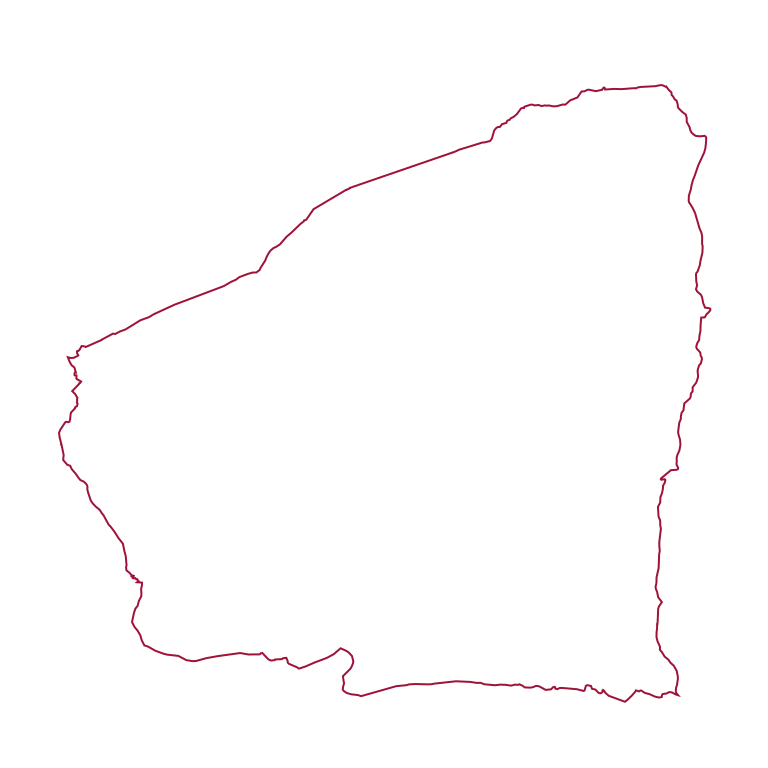 outline of Lapusata, Vâlcea, Romania, rotated 183°
{"feature_id": "2599482B55228800753193", "entity_name": "Lapusata", "entity_type": "district", "adm_level": 2, "iso_a3": "ROU", "parent_name": "Romania", "parent_adm1": "Vâlcea", "projection": "equal_earth", "projection_center": [23.992, 44.913], "detail": "fine", "context": "isolated", "style": "outline", "palette": "rose", "viewbox_px": 768, "rotation_deg": 183, "n_neighbors": 0, "source": "geoboundaries", "source_scale": "gbopen_adm2", "svg_char_len": 5932}
<svg xmlns="http://www.w3.org/2000/svg" viewBox="0 0 768 768"><g transform="rotate(183 384 384)"><path d="M701.1,394.2L699.6,390.7L697.6,387.3L696.6,386.1L694.2,384.4L693.8,383.6L692.4,379.6L693.0,379.8L693.5,378.9L693.6,377.3L693.4,376.5L691.6,376.5L691.4,376.0L691.6,373.8L691.0,372.8L686.6,370.6L687.3,369.3L688.5,368.7L688.5,368.1L695.0,360.6L691.9,357.8L689.4,354.1L689.8,352.5L689.5,351.1L689.7,349.3L689.0,348.4L689.0,347.8L689.5,345.7L691.0,344.9L691.4,343.4L695.0,339.2L695.4,337.4L695.6,331.9L696.2,329.8L697.3,329.3L699.6,329.6L700.3,329.1L704.7,321.7L706.0,318.1L705.1,313.7L703.4,308.1L703.3,306.7L702.9,306.7L700.2,296.4L700.4,291.3L696.1,286.8L693.1,285.9L691.4,282.7L686.9,277.9L683.8,273.9L682.2,272.2L678.7,270.8L676.3,268.8L675.2,267.2L674.8,266.0L674.7,263.0L673.8,260.1L670.7,252.2L668.5,249.4L665.3,246.4L661.3,243.4L658.8,239.9L657.2,238.2L651.6,229.1L649.6,227.3L645.3,222.2L641.0,216.1L636.4,210.9L634.4,203.2L632.9,198.6L631.6,189.4L632.0,187.5L631.5,184.5L627.9,181.8L626.2,179.8L626.2,179.2L624.8,179.7L623.8,179.3L624.0,178.7L625.2,178.0L624.8,177.0L623.6,176.8L622.2,177.1L621.3,176.1L620.6,176.3L619.9,175.8L619.6,174.7L618.9,174.3L620.2,173.1L615.3,173.0L615.1,171.1L615.8,166.4L615.3,162.2L615.3,159.3L617.4,154.6L618.5,149.4L620.5,146.7L621.7,142.3L623.1,133.6L623.1,132.9L620.6,128.6L617.1,124.7L614.1,120.1L612.5,115.3L609.6,110.4L605.8,109.4L598.5,105.7L590.7,103.3L586.5,102.4L575.1,101.7L567.0,97.9L560.5,97.2L557.0,97.6L547.2,100.9L536.0,103.5L513.6,107.8L505.3,106.8L494.0,107.5L492.8,108.7L491.4,109.0L485.1,103.0L482.4,101.9L478.7,102.5L478.4,103.2L471.5,103.9L470.4,104.9L467.3,105.4L465.9,102.9L465.5,100.7L464.3,99.6L455.9,96.5L454.1,95.3L447.8,97.7L438.6,102.3L426.9,107.4L420.0,111.6L413.5,117.8L407.4,115.4L404.9,113.8L401.7,110.6L400.1,105.3L400.4,103.3L401.5,100.1L402.7,97.8L409.7,90.1L408.9,85.6L408.2,83.2L409.0,79.4L409.2,76.7L408.2,75.4L405.1,73.5L400.4,72.4L393.7,72.0L390.5,71.1L355.9,82.9L345.8,84.4L343.5,85.3L337.4,86.0L323.3,86.4L320.3,86.8L318.2,87.4L296.6,90.9L282.2,91.0L276.0,90.4L271.7,90.6L268.3,89.4L257.4,89.0L251.7,89.9L245.7,89.9L241.4,89.4L237.6,90.6L234.1,90.6L233.1,91.2L229.7,89.9L227.6,88.4L222.5,88.4L219.3,89.0L216.7,90.4L214.4,90.4L213.0,90.1L206.6,87.0L201.3,87.8L199.2,90.1L197.7,90.5L197.2,90.1L197.0,88.8L195.0,88.3L192.7,89.6L190.3,89.8L175.4,89.3L168.5,87.9L167.7,88.4L166.6,93.1L165.3,93.9L161.5,93.3L160.3,90.5L156.8,89.9L154.1,87.2L152.9,86.5L151.5,86.5L149.9,87.6L149.6,88.1L149.8,89.2L149.3,89.9L148.2,89.2L146.7,87.1L143.3,84.4L126.7,79.3L124.0,81.7L120.1,85.9L116.9,90.0L116.4,91.2L113.1,90.4L112.0,91.3L111.0,91.3L107.4,89.2L102.7,88.2L97.0,86.0L92.9,85.3L90.3,85.9L90.1,87.9L89.4,89.0L85.7,89.7L83.0,91.3L80.4,91.1L76.3,89.2L74.0,88.6L75.8,90.6L76.5,92.2L76.5,95.4L75.6,99.2L75.1,105.2L75.3,107.5L76.7,112.8L79.9,117.9L83.2,120.5L85.7,123.7L89.4,126.4L92.6,131.0L94.2,132.5L94.6,133.5L94.6,136.0L97.4,141.4L98.6,145.4L98.8,150.4L98.5,154.3L98.7,158.4L98.4,158.4L98.3,161.3L98.4,174.1L97.8,176.2L95.1,180.7L99.1,185.5L100.3,190.4L101.7,193.5L102.2,195.3L101.5,199.9L101.7,205.2L100.1,214.4L100.3,228.3L99.9,232.1L100.6,236.7L100.8,240.7L99.9,253.8L100.8,257.7L100.9,260.9L101.3,262.8L102.6,265.2L103.0,267.0L103.9,274.8L103.8,276.1L102.0,280.0L102.0,285.6L100.7,289.4L100.0,293.9L100.0,297.2L98.7,299.5L98.0,302.5L98.2,303.3L98.8,303.6L102.1,302.9L102.6,303.4L102.2,304.4L92.9,313.0L87.4,313.6L86.1,314.3L85.8,315.5L87.7,319.0L87.6,322.2L87.9,326.0L87.3,328.5L85.5,333.2L84.8,338.8L85.4,343.7L87.3,349.1L87.8,351.5L87.1,360.9L85.8,364.3L85.8,367.6L85.3,370.8L83.6,373.3L83.1,380.3L77.7,385.6L77.1,387.3L77.0,390.6L75.4,392.8L75.6,396.9L72.4,401.5L71.7,403.6L70.8,407.1L70.8,408.7L71.5,413.3L71.3,415.2L70.3,419.1L68.6,421.2L67.8,425.6L68.2,427.2L69.2,428.9L69.8,431.7L70.5,432.8L73.2,435.3L74.0,436.8L74.1,438.1L73.2,441.5L71.6,444.3L71.5,449.0L70.8,453.2L70.9,460.1L70.7,466.9L67.1,467.4L65.7,470.3L63.1,473.1L62.0,474.9L62.0,475.9L62.1,476.2L63.3,476.7L67.4,477.1L69.4,481.3L70.9,487.2L72.0,489.5L76.1,492.8L77.4,495.0L76.5,498.8L77.5,502.9L78.2,509.9L78.0,510.9L76.8,512.6L74.9,518.8L74.4,523.7L72.9,531.8L73.0,538.2L73.7,540.8L74.0,547.9L74.9,551.6L77.0,555.8L82.3,571.0L85.2,576.3L88.9,581.5L89.3,582.8L89.4,588.1L87.8,594.2L87.3,598.5L86.1,604.0L84.6,608.3L81.6,618.9L76.4,631.8L75.4,636.3L75.1,640.9L75.1,646.9L75.6,647.8L76.9,648.6L80.9,647.9L85.5,648.0L88.2,649.6L90.2,651.4L91.5,653.7L92.2,656.3L95.4,661.6L95.7,665.8L96.7,668.8L100.4,671.3L104.5,675.0L105.1,676.3L105.3,678.5L106.7,682.4L108.5,683.4L110.7,686.7L111.8,687.5L112.3,690.3L114.8,692.4L117.7,695.8L118.0,695.5L121.4,696.9L123.8,696.9L128.7,695.6L143.9,694.0L146.6,693.2L148.3,692.3L149.0,692.6L162.2,690.9L169.9,690.7L178.2,689.7L178.8,689.7L179.0,691.0L179.8,691.6L180.9,690.7L181.6,689.2L187.9,687.5L194.5,688.6L196.1,688.5L199.0,686.8L202.1,686.4L205.8,680.3L212.9,677.0L217.6,672.4L220.1,672.5L225.8,670.5L229.4,670.1L233.9,670.8L236.3,670.4L237.6,670.7L241.2,669.8L244.2,670.7L248.3,670.1L250.1,670.7L251.9,670.7L257.5,668.6L258.3,668.2L258.6,667.0L260.1,667.0L261.6,666.3L265.4,660.5L268.5,657.6L271.5,655.8L272.5,654.3L274.2,653.7L275.0,652.8L275.5,651.1L279.7,649.7L281.7,646.8L284.0,646.5L285.5,645.3L287.2,643.0L289.1,634.8L290.8,632.2L296.7,630.4L298.1,630.4L321.5,621.8L325.1,619.8L428.3,578.1L428.2,577.8L431.5,575.9L431.7,576.1L463.5,554.9L470.2,544.0L472.3,543.2L472.2,542.8L472.7,542.2L476.1,539.2L484.7,530.0L489.0,526.0L495.2,518.0L498.8,515.4L501.6,513.9L504.4,511.2L506.3,508.1L508.1,504.2L509.0,501.2L513.5,493.3L514.1,491.4L517.3,488.7L521.2,488.4L526.0,486.7L534.0,483.2L537.3,480.4L541.9,478.1L549.3,473.3L597.2,452.3L617.8,441.5L622.1,438.5L630.6,434.9L645.1,424.9L650.5,422.6L655.0,419.9L657.3,420.1L668.1,413.6L668.1,413.3L683.9,405.3L684.5,405.8L687.9,406.1L690.1,401.8L691.0,401.0L691.9,401.0L692.3,400.5L692.1,398.7L690.8,396.7L691.5,395.9L695.3,393.9L698.5,393.6L701.1,394.2Z" fill="none" stroke="#9f1239" stroke-width="2"/></g></svg>